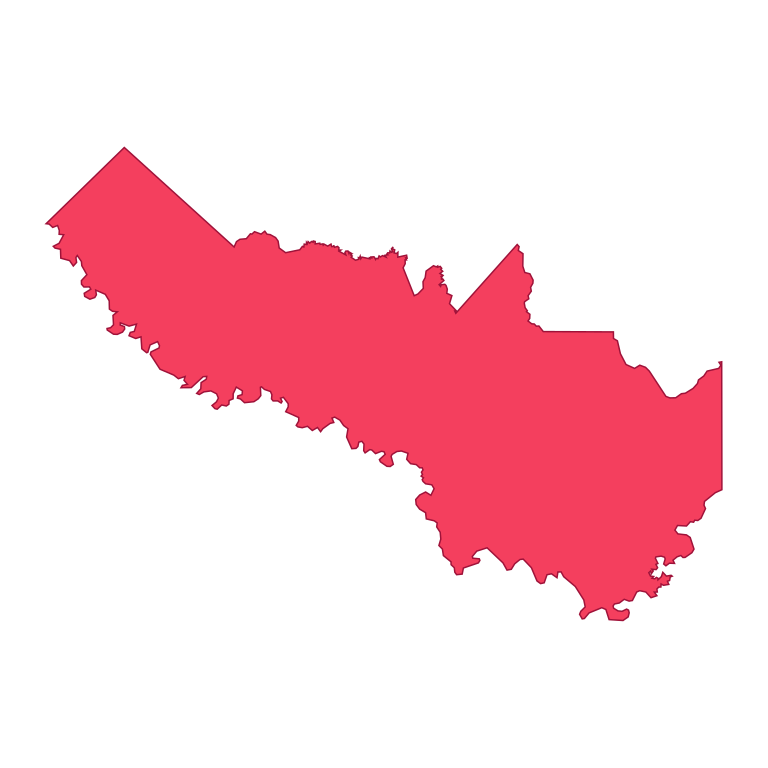 outline of Pacoa (Cor. Departamental), Vaupés, Colombia
{"feature_id": "7082276B7457968430038", "entity_name": "Pacoa (Cor. Departamental)", "entity_type": "district", "adm_level": 2, "iso_a3": "COL", "parent_name": "Colombia", "parent_adm1": "Vaupés", "projection": "albers", "projection_center": [-70.674, 0.194], "detail": "fine", "context": "isolated", "style": "filled", "palette": "rose", "viewbox_px": 768, "rotation_deg": 0, "n_neighbors": 0, "source": "geoboundaries", "source_scale": "gbopen_adm2", "svg_char_len": 6101}
<svg xmlns="http://www.w3.org/2000/svg" viewBox="0 0 768 768"><path d="M651.0,597.7L656.9,595.7L654.3,592.1L657.3,592.0L656.9,589.0L658.7,587.1L660.9,587.0L661.1,584.0L663.5,585.3L668.8,584.4L667.4,581.2L669.6,580.5L670.2,576.9L672.2,576.2L671.1,575.3L666.4,576.1L662.8,572.3L661.4,576.6L658.0,579.8L657.9,578.2L656.4,577.4L654.7,578.8L652.0,578.2L653.6,576.5L650.5,576.1L648.8,572.7L650.6,571.0L651.3,573.8L653.2,571.0L651.9,569.2L656.1,569.6L657.6,567.7L655.9,564.3L657.9,563.5L655.4,558.3L655.9,556.9L661.1,556.1L664.5,557.2L665.2,558.9L663.7,564.0L665.9,565.8L669.4,563.2L674.5,563.4L673.0,560.2L677.1,556.8L680.9,555.5L683.0,557.5L685.1,557.4L691.9,552.7L694.0,549.1L690.2,537.5L686.5,534.9L677.9,533.9L674.9,530.1L677.5,525.5L686.5,526.0L690.4,521.7L693.6,522.2L694.7,520.2L697.8,520.5L701.0,518.3L705.5,508.6L704.0,505.2L704.5,501.4L715.3,492.7L721.9,489.7L721.7,361.8L719.0,362.3L720.9,365.2L718.7,368.4L707.1,371.1L703.8,376.0L698.5,379.9L697.5,383.5L693.1,388.4L685.4,393.2L681.4,393.7L675.7,397.8L669.8,397.9L665.9,396.4L649.3,371.1L645.5,367.3L639.8,365.2L634.6,368.4L626.0,364.5L620.4,353.7L617.4,340.8L613.5,338.5L613.4,331.9L543.3,331.6L538.9,326.0L536.3,326.2L534.3,324.0L531.7,323.8L528.0,321.0L529.7,318.5L529.9,314.3L526.5,311.7L527.3,310.7L525.1,307.7L524.3,303.1L524.6,301.7L528.8,298.8L528.1,295.7L531.3,291.2L530.6,287.3L532.9,283.2L533.1,280.1L529.9,273.8L524.8,272.5L522.8,266.2L523.0,253.7L518.3,250.5L519.1,246.6L517.2,244.5L455.8,313.3L454.7,311.0L456.5,311.0L449.5,303.7L451.9,295.6L446.8,293.3L447.3,289.1L446.0,285.4L444.8,284.3L441.1,284.8L440.6,286.4L439.1,284.7L443.9,280.5L442.9,279.1L440.8,279.2L442.2,278.7L440.8,275.8L441.7,276.9L443.1,275.4L439.9,273.5L442.7,271.3L440.7,269.3L441.7,268.3L440.2,266.4L437.8,267.2L437.7,266.0L436.3,266.9L433.5,265.7L426.1,271.1L425.2,277.6L423.0,281.7L423.3,288.4L417.9,294.0L414.2,295.7L403.1,267.8L405.2,263.7L405.1,259.9L406.5,259.9L405.7,257.9L407.1,258.1L406.6,255.2L397.8,257.1L397.9,252.3L396.5,253.5L394.1,252.9L394.7,249.8L392.4,248.8L393.1,246.9L391.4,248.9L392.6,251.7L391.5,252.3L390.0,251.0L389.7,252.9L387.7,252.8L386.9,254.0L387.8,254.8L384.9,255.3L386.0,257.1L382.5,255.6L380.5,256.9L379.1,255.9L378.0,258.7L376.1,258.4L375.6,259.5L374.0,256.8L371.0,257.0L371.5,257.9L369.5,257.7L369.8,258.8L361.9,257.1L360.8,258.8L360.2,256.2L359.5,257.9L358.4,257.6L358.7,259.3L355.5,260.2L351.2,257.3L352.2,256.0L350.8,255.0L351.5,254.3L350.1,253.1L351.0,253.1L349.3,252.1L348.9,253.4L348.0,251.0L345.8,251.1L344.9,252.6L345.8,254.9L339.1,251.3L340.8,250.1L338.7,250.0L339.0,247.8L337.6,246.4L334.5,247.3L333.7,245.2L333.6,246.4L331.7,246.6L331.0,244.1L327.7,246.1L324.0,244.1L323.2,245.1L322.8,243.9L320.1,244.4L319.8,243.2L315.2,243.9L315.2,241.5L313.3,241.0L313.1,242.2L311.5,241.5L309.7,243.1L308.1,241.6L307.3,243.8L306.5,242.5L306.4,244.5L304.2,244.1L303.8,247.0L302.4,246.4L299.8,249.8L285.6,252.7L279.2,248.0L278.1,241.1L275.6,237.6L270.2,234.6L267.0,234.2L264.8,231.2L261.1,234.1L254.5,231.7L251.9,234.1L250.4,233.8L246.3,238.7L239.9,239.3L236.5,241.6L234.1,247.0L124.3,147.5L46.1,223.7L49.2,224.1L52.7,227.4L57.6,225.5L59.3,230.4L59.1,234.3L63.7,234.7L59.1,243.3L53.3,246.3L55.0,248.1L60.5,249.3L60.8,258.2L69.6,260.6L73.3,266.0L76.6,262.4L75.9,257.5L77.3,255.5L81.4,261.5L81.8,265.7L86.9,274.7L81.4,280.6L81.5,284.2L83.9,287.0L89.5,286.9L90.8,289.2L84.2,293.3L84.7,296.4L89.9,299.2L94.8,297.5L96.4,294.8L95.7,290.1L105.3,294.3L109.2,300.8L109.4,309.1L112.5,311.3L117.3,311.8L113.0,315.4L113.5,324.8L110.6,327.7L107.0,328.5L107.2,330.0L113.5,334.2L117.3,334.4L122.5,332.1L124.7,329.0L124.4,326.6L120.2,325.0L120.3,322.8L129.1,326.1L136.5,324.1L134.3,331.4L130.3,332.4L129.0,335.7L135.7,338.5L141.0,336.8L141.8,348.8L146.6,352.7L147.8,352.3L150.1,344.9L157.6,341.6L159.5,345.7L159.0,348.0L151.0,351.9L150.3,354.3L160.0,369.2L173.8,375.1L178.4,378.7L185.1,376.5L184.0,380.3L187.5,384.3L182.4,385.4L181.0,387.7L191.3,387.6L203.1,376.7L206.7,376.4L206.3,379.2L201.1,382.6L200.8,388.8L196.7,393.4L199.3,394.5L203.9,391.9L210.9,390.9L216.6,393.8L218.4,398.1L216.4,401.9L212.0,405.5L214.9,408.6L217.2,409.2L221.7,405.0L226.3,406.0L228.9,404.2L229.1,400.5L233.1,398.8L233.2,393.7L236.3,387.1L242.4,390.8L242.1,394.6L237.9,395.9L237.4,398.1L240.5,399.0L244.5,402.7L253.9,401.7L258.3,398.8L260.8,395.6L260.4,387.3L261.5,386.8L264.4,389.4L270.5,391.5L271.9,394.8L271.5,398.9L273.1,400.9L277.7,400.9L281.1,403.0L282.1,401.5L280.5,398.2L283.4,397.3L288.2,403.7L288.2,406.9L285.7,411.7L298.7,417.5L298.7,421.1L296.2,425.4L297.9,426.9L302.2,427.7L307.5,426.3L312.3,430.5L317.5,427.5L320.6,431.7L322.8,428.7L330.1,423.4L333.8,422.5L332.0,418.1L334.7,417.1L339.9,420.1L343.6,425.5L348.0,428.7L346.6,437.0L351.8,448.7L356.0,448.4L357.9,446.5L358.8,442.1L361.9,441.3L364.0,444.1L363.7,450.7L365.1,452.9L369.8,449.6L371.8,450.0L375.5,453.6L381.4,451.3L384.0,451.7L385.2,454.3L379.4,459.6L380.4,461.8L386.9,466.3L390.2,466.5L393.3,464.3L391.1,456.4L392.1,454.4L396.9,451.5L401.4,451.0L408.0,453.3L406.7,459.3L410.6,463.7L416.3,464.6L419.7,467.8L422.2,467.8L423.0,469.9L421.4,472.2L422.5,474.4L421.1,476.1L423.5,477.8L422.2,479.6L423.0,481.4L425.6,483.8L431.8,484.8L434.1,488.7L430.9,495.3L425.6,492.0L419.7,495.0L415.7,499.5L416.2,504.5L419.6,509.1L425.6,512.7L426.3,518.9L434.3,520.8L437.2,523.0L436.7,526.9L440.2,532.3L440.8,539.1L438.9,545.5L442.4,549.1L443.4,555.6L451.0,561.8L451.1,564.7L454.3,567.7L454.8,572.2L456.6,574.7L462.2,574.1L463.4,568.0L478.4,562.9L479.9,560.4L479.3,558.8L472.8,558.2L472.3,556.5L476.8,551.1L487.1,547.8L503.0,562.9L507.0,570.1L511.3,569.3L514.7,563.8L520.0,559.5L523.2,559.1L531.4,567.7L537.0,581.0L540.6,583.6L544.2,582.8L547.0,574.7L551.5,573.8L557.0,577.7L557.9,572.0L561.1,571.9L563.7,576.7L575.3,586.5L583.8,599.9L585.2,606.9L580.8,611.3L579.6,614.3L582.2,618.9L584.4,618.5L589.1,612.9L601.8,607.7L605.9,609.5L609.1,619.6L623.0,620.5L628.2,616.9L629.2,612.8L628.5,610.1L626.6,609.1L622.1,611.3L618.0,610.9L613.6,608.2L613.1,606.0L614.4,604.0L619.3,603.0L624.2,599.3L629.1,601.1L632.4,600.5L636.7,592.0L639.7,590.7L645.8,592.0L651.0,597.7Z" fill="#f43f5e" stroke="#9f1239" stroke-width="1.5"/></svg>